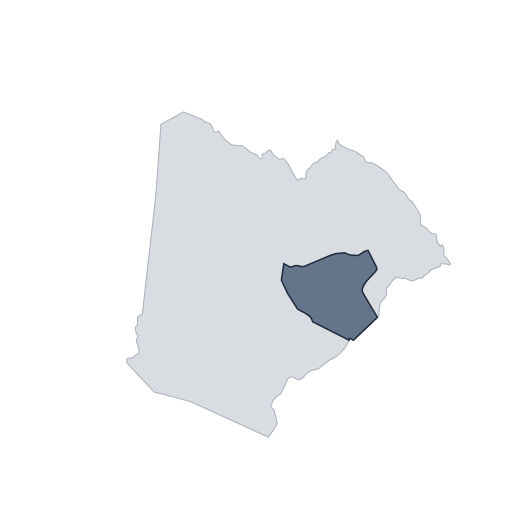 location of Ouargla within Algeria, rotated 59°
{"feature_id": "DZA-2194", "entity_name": "Ouargla", "entity_type": "Province", "adm_level": 1, "iso_a3": "DZA", "parent_name": "Algeria", "parent_adm1": "", "projection": "robinson", "projection_center": [6.675, 30.952], "detail": "fine", "context": "in_parent", "style": "filled", "palette": "slate", "viewbox_px": 512, "rotation_deg": 59, "n_neighbors": 0, "source": "natural_earth", "source_scale": "10m", "svg_char_len": 4524}
<svg xmlns="http://www.w3.org/2000/svg" viewBox="0 0 512 512"><g transform="rotate(59 256 256)"><path d="M363.0,93.2L363.4,94.2L363.4,95.1L362.0,96.0L361.1,96.4L359.9,98.8L357.8,100.4L357.5,100.9L357.5,101.3L358.9,102.0L359.4,102.7L359.7,103.6L359.0,106.9L358.1,112.7L358.2,113.9L358.7,115.4L359.3,116.6L359.4,117.9L359.3,121.2L359.9,123.1L360.5,124.8L359.2,127.0L358.7,128.9L358.4,131.7L358.3,133.4L357.5,135.0L356.4,136.5L355.2,137.5L353.8,138.3L352.1,139.4L350.7,142.2L347.8,144.6L347.1,145.4L346.9,147.3L346.9,149.9L347.5,152.0L348.9,155.1L350.2,158.5L350.5,160.2L351.0,160.9L352.7,162.0L355.8,163.5L356.4,164.1L357.9,166.5L359.3,170.7L359.8,173.5L365.2,177.8L370.4,181.5L370.8,182.1L373.7,194.9L374.7,199.5L378.4,215.9L376.9,216.8L375.2,218.0L376.5,220.2L378.9,223.8L380.4,226.7L380.9,228.0L382.0,231.6L383.0,235.1L383.2,236.3L383.6,239.0L383.2,246.4L384.0,255.9L384.9,260.6L383.5,264.8L382.3,268.9L382.4,270.9L383.1,274.1L383.8,276.5L384.7,277.7L384.5,281.7L384.2,283.2L381.5,285.2L378.4,287.2L377.6,288.8L377.4,290.6L377.8,292.0L386.6,305.5L386.9,306.8L387.0,310.6L388.5,315.4L390.1,317.5L390.7,319.0L391.8,320.2L392.9,321.0L393.6,321.1L397.4,319.8L404.1,321.9L410.4,324.1L410.9,324.5L414.6,331.8L417.8,338.7L347.1,387.1L339.3,394.5L321.0,412.6L319.6,413.4L295.4,418.7L282.8,421.4L282.2,421.6L281.5,421.6L281.0,421.6L279.9,421.1L278.6,420.0L277.8,419.5L277.6,418.6L278.1,417.5L278.7,416.5L278.9,415.7L279.4,415.0L279.9,414.5L280.0,413.8L279.5,412.7L279.1,411.1L279.1,408.2L279.2,406.9L278.0,405.8L275.8,404.6L273.8,403.9L272.9,403.6L270.7,403.2L267.6,402.4L266.5,401.9L264.6,399.2L263.6,398.5L259.0,398.1L257.5,397.6L256.2,397.0L255.1,396.1L254.5,394.7L254.4,393.5L254.0,392.9L248.9,390.0L247.6,389.0L247.0,388.1L247.0,386.8L247.1,385.1L246.9,383.6L246.7,382.9L158.2,315.1L153.5,311.6L142.8,303.8L94.2,269.7L95.1,245.3L95.2,244.0L95.5,243.5L97.1,242.6L99.7,240.6L100.6,239.6L101.8,238.7L106.0,235.9L106.9,235.2L111.1,232.0L112.0,231.5L114.2,231.2L115.1,230.6L116.4,229.3L118.2,227.8L119.4,227.1L119.7,227.0L120.4,226.9L124.1,227.4L125.7,227.7L127.5,228.0L128.1,227.8L128.6,227.3L129.3,226.3L129.5,225.1L129.6,224.0L129.7,223.6L130.1,223.3L130.9,223.4L131.9,223.6L134.2,223.5L134.9,223.4L137.4,223.1L141.0,222.5L146.1,220.8L148.6,219.0L150.4,217.0L152.4,214.1L153.9,211.5L156.9,210.0L159.4,209.0L160.8,208.6L164.1,207.3L169.4,203.3L173.8,202.8L174.4,202.4L175.0,201.7L175.1,200.6L174.4,199.7L173.5,199.3L172.9,198.8L172.2,198.7L171.9,198.1L172.2,197.1L172.3,196.1L172.7,195.1L172.6,193.8L172.1,192.4L171.9,191.4L172.0,190.4L172.3,189.6L173.2,189.1L174.3,188.9L175.7,189.2L178.3,188.9L184.9,186.5L185.4,185.8L185.8,184.1L186.3,182.7L187.0,182.2L187.4,182.1L192.7,181.2L193.8,181.1L203.5,181.5L211.9,181.8L212.6,181.5L212.6,180.4L212.1,178.5L212.5,177.3L213.7,176.2L215.3,174.9L214.6,173.4L213.4,172.3L211.8,171.1L210.9,170.6L209.5,169.1L208.6,167.4L208.1,163.8L207.0,161.8L206.2,159.3L207.1,154.8L206.0,152.0L205.9,150.9L205.9,149.5L206.3,147.0L206.2,143.6L205.0,140.1L205.6,138.9L205.9,138.3L205.8,137.8L204.7,136.7L204.2,135.7L204.5,134.9L205.1,133.6L205.1,133.1L203.2,131.6L200.1,129.1L199.2,128.0L198.8,126.7L201.9,127.0L203.5,126.8L207.2,125.2L210.1,123.0L212.4,121.9L214.5,119.5L216.3,118.0L218.9,116.4L226.5,112.8L227.7,112.8L230.1,113.6L232.2,113.4L233.7,112.1L235.4,109.2L237.8,107.4L241.0,105.5L245.2,103.8L248.0,102.2L252.3,100.8L263.2,100.0L268.8,99.2L272.6,99.4L276.4,96.8L278.3,96.0L286.6,95.8L290.5,94.0L305.3,94.0L307.1,94.6L308.9,95.6L311.9,98.0L313.4,98.5L315.4,98.0L320.0,95.7L325.1,94.6L327.9,93.2L329.1,91.2L331.5,90.5L332.8,92.0L338.1,93.5L341.4,93.1L342.8,92.7L342.3,90.4L345.7,91.0L348.4,92.1L351.2,94.3L353.0,94.7L356.2,93.7L363.0,93.2Z" fill="#d9dde1" stroke="#a8b0b8" stroke-width="1"/><path d="M371.1,183.5L371.6,185.7L372.0,187.7L372.5,189.7L373.0,191.7L373.4,193.7L373.9,195.7L374.3,197.7L374.8,199.8L375.2,201.8L375.7,203.8L376.1,205.8L376.6,207.8L377.0,209.8L377.5,211.8L378.0,213.9L378.4,215.9L374.8,217.9L375.2,218.5L376.1,219.6L341.6,241.3L338.4,240.8L336.1,240.8L330.3,243.3L323.1,247.7L304.3,248.2L289.8,246.7L276.9,236.1L282.5,232.8L283.4,231.7L284.7,226.7L285.4,225.7L286.5,224.3L288.5,222.6L289.7,220.2L293.8,191.6L294.8,187.3L296.2,183.9L297.5,181.5L298.1,179.8L298.7,178.8L298.9,178.5L299.3,178.0L301.5,176.6L304.5,173.7L308.2,168.1L307.9,160.7L308.4,159.0L308.8,157.1L326.9,158.3L329.8,159.3L331.1,162.3L334.4,174.1L335.1,175.6L337.0,179.1L338.2,180.9L339.8,182.5L341.9,183.2L344.1,183.4L371.1,183.5L371.1,183.5Z" fill="#64748b" stroke="#1e293b" stroke-width="1.5"/></g></svg>